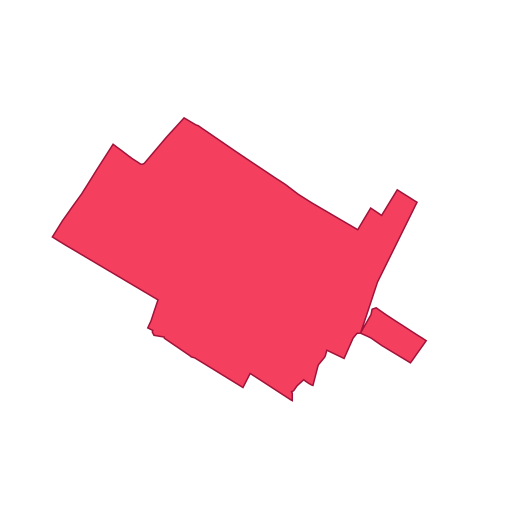 the district of Costache Negri, Galati, Romania, rotated 207°
{"feature_id": "2599482B13141455538439", "entity_name": "Costache Negri", "entity_type": "district", "adm_level": 2, "iso_a3": "ROU", "parent_name": "Romania", "parent_adm1": "Galati", "projection": "natural_earth1", "projection_center": [27.727, 45.705], "detail": "fine", "context": "isolated", "style": "filled", "palette": "rose", "viewbox_px": 512, "rotation_deg": 207, "n_neighbors": 0, "source": "geoboundaries", "source_scale": "gbopen_adm2", "svg_char_len": 1528}
<svg xmlns="http://www.w3.org/2000/svg" viewBox="0 0 512 512"><g transform="rotate(207 256 256)"><path d="M434.1,290.7L434.4,287.5L437.0,261.0L438.8,240.2L439.2,236.2L439.5,232.1L439.6,231.4L439.7,231.1L441.9,217.1L444.0,202.5L444.4,200.0L445.6,186.0L446.1,180.5L439.2,179.9L430.4,179.2L427.0,179.0L323.4,172.4L321.8,161.5L320.1,150.6L319.8,142.8L314.8,142.8L314.2,142.8L313.9,141.2L310.9,139.0L301.0,142.1L300.3,141.1L269.9,137.2L267.9,136.7L264.4,137.4L253.0,136.5L207.9,132.9L207.9,148.7L196.1,147.5L159.5,143.6L158.0,143.6L161.4,150.3L162.7,151.0L161.3,153.1L161.2,153.8L160.5,158.9L159.8,160.8L157.3,167.4L156.5,167.2L154.3,166.8L154.1,166.8L150.6,166.4L149.9,166.4L148.2,166.3L146.5,166.5L148.6,176.0L150.7,185.4L151.0,187.4L149.0,196.4L148.9,198.4L149.5,201.4L150.1,204.2L131.0,204.7L132.2,226.9L130.9,232.9L127.9,234.7L119.2,235.1L116.1,235.1L103.0,233.3L73.6,231.2L69.9,230.9L69.3,234.5L68.0,243.7L66.5,253.5L65.9,257.8L66.0,257.8L71.3,258.4L75.4,258.7L86.0,259.8L98.6,261.1L106.4,261.9L113.6,262.7L125.4,264.4L128.4,261.3L126.9,255.9L127.9,235.4L131.3,257.9L135.9,287.9L136.8,366.9L136.9,371.9L136.9,377.0L140.9,377.3L145.7,377.8L151.7,378.3L156.1,378.7L160.2,379.1L162.5,349.2L175.6,350.8L176.8,333.2L177.3,325.6L230.7,328.7L246.6,330.2L262.4,333.1L275.0,334.4L306.3,338.1L321.9,340.0L361.7,345.2L366.7,345.9L369.1,345.5L382.8,346.4L383.3,344.5L389.7,321.3L397.6,287.8L398.5,286.5L400.2,285.5L410.6,286.6L416.5,287.6L424.6,289.1L427.9,289.6L434.1,290.7Z" fill="#f43f5e" stroke="#9f1239" stroke-width="1.5"/></g></svg>